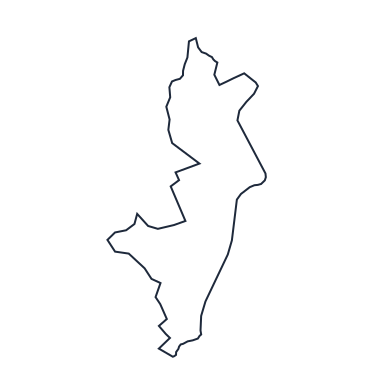 SVG path tracing the border of Valkas, rotated 57°
{"feature_id": "LVA-1077", "entity_name": "Valkas", "entity_type": "Municipality", "adm_level": 1, "iso_a3": "LVA", "parent_name": "Latvia", "parent_adm1": "", "projection": "orthographic", "projection_center": [25.917, 57.711], "detail": "fine", "context": "isolated", "style": "outline", "palette": "slate", "viewbox_px": 384, "rotation_deg": 57, "n_neighbors": 0, "source": "natural_earth", "source_scale": "10m", "svg_char_len": 1195}
<svg xmlns="http://www.w3.org/2000/svg" viewBox="0 0 384 384"><g transform="rotate(57 192 192)"><path d="M134.8,78.9L139.1,79.0L143.4,86.5L146.0,97.3L149.6,108.0L156.7,114.9L216.5,120.3L219.8,122.0L221.9,124.6L222.9,129.7L221.9,132.9L220.3,136.0L219.4,140.9L220.3,152.0L222.8,158.5L254.3,184.9L263.9,196.0L291.1,240.3L300.9,251.8L312.8,260.3L316.5,261.9L316.8,264.0L318.1,266.9L316.8,272.2L314.9,277.0L314.5,282.1L313.7,284.5L314.6,287.0L316.2,288.9L317.6,292.5L319.9,294.1L320.0,296.3L319.7,297.8L305.3,305.1L302.4,290.0L296.8,291.3L286.3,292.7L284.8,282.3L268.7,279.7L260.3,279.8L251.2,268.0L242.8,273.3L230.2,273.3L209.2,278.6L200.1,289.0L186.1,289.0L184.0,278.6L188.2,268.1L187.5,257.7L180.5,249.9L196.6,247.3L204.3,240.7L209.9,225.1L212.7,213.3L175.7,206.8L175.0,196.4L166.6,195.1L172.2,170.3L140.2,182.0L127.0,178.0L119.0,171.3L106.5,167.1L100.7,158.7L91.8,153.9L88.4,148.6L89.1,144.8L90.5,140.5L89.2,136.0L85.5,133.5L80.9,128.5L76.7,122.6L64.0,112.5L65.0,105.0L74.0,108.1L79.9,107.7L83.6,104.8L86.9,103.5L89.7,101.8L92.4,101.9L94.7,101.4L97.2,100.2L105.8,109.4L117.2,110.7L118.3,102.7L119.2,95.2L120.9,83.6L131.6,80.0L134.8,78.9Z" fill="none" stroke="#1e293b" stroke-width="2"/></g></svg>